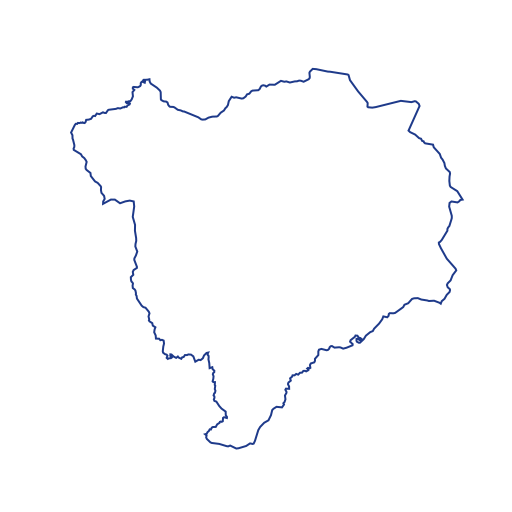 outline of Letefoho, Ermera, East Timor, rotated 188°
{"feature_id": "22284137B23883045309989", "entity_name": "Letefoho", "entity_type": "district", "adm_level": 2, "iso_a3": "TLS", "parent_name": "East Timor", "parent_adm1": "Ermera", "projection": "albers", "projection_center": [125.458, -8.838], "detail": "fine", "context": "isolated", "style": "outline", "palette": "blue", "viewbox_px": 512, "rotation_deg": 188, "n_neighbors": 0, "source": "geoboundaries", "source_scale": "gbopen_adm2", "svg_char_len": 6054}
<svg xmlns="http://www.w3.org/2000/svg" viewBox="0 0 512 512"><g transform="rotate(188 256 256)"><path d="M281.6,72.4L280.0,71.4L280.1,69.4L279.2,68.0L275.2,65.1L273.8,64.7L266.3,64.8L258.5,63.6L257.1,63.6L255.2,64.7L248.7,62.6L246.5,63.2L239.3,66.5L235.8,69.6L233.2,69.4L232.2,69.9L231.3,72.8L229.5,83.9L228.1,87.3L224.7,92.0L220.8,95.0L219.0,100.5L218.5,105.7L217.4,107.2L214.7,109.5L209.2,109.7L207.6,112.8L208.4,114.0L207.4,115.4L206.9,118.2L207.9,121.9L206.8,124.7L206.9,125.7L208.3,127.6L207.9,128.8L204.7,129.1L205.1,131.5L206.4,133.3L206.5,134.3L206.2,135.3L204.2,137.4L205.2,139.6L203.5,141.5L203.2,142.9L201.2,143.2L199.8,144.8L197.7,144.4L196.2,146.5L194.2,146.9L193.1,148.8L191.4,149.1L190.3,148.7L188.3,150.2L188.7,151.2L189.6,151.7L188.9,152.5L187.4,152.1L186.6,152.8L187.4,155.5L186.8,157.2L183.5,158.8L183.0,160.4L183.3,162.4L180.5,166.6L181.0,170.2L180.6,172.0L178.3,173.1L173.0,172.5L171.8,172.9L170.6,174.4L170.4,175.8L169.5,177.0L168.3,177.4L165.5,176.2L161.0,177.2L159.6,177.2L156.8,176.4L153.7,177.7L148.0,181.0L148.0,182.2L150.9,184.2L150.6,185.8L146.8,189.8L146.4,191.1L144.5,191.2L142.5,189.2L141.3,189.3L139.9,188.5L140.6,187.3L141.6,187.1L143.8,188.3L144.9,187.9L144.7,186.1L144.2,185.2L142.1,184.4L141.0,184.6L137.7,188.7L136.1,192.4L132.3,196.5L129.9,197.9L128.9,200.5L124.7,206.2L122.2,210.9L121.5,213.9L117.5,213.6L116.4,215.2L116.4,217.1L115.6,218.0L111.9,218.4L110.3,219.0L103.1,225.9L102.2,228.4L98.7,230.4L95.5,235.2L93.6,236.1L89.9,236.8L86.3,235.9L80.2,235.8L78.5,235.5L73.4,236.5L67.7,235.2L66.4,234.5L65.8,237.1L63.4,239.8L61.7,244.1L59.3,247.3L59.1,249.3L59.5,250.2L61.8,251.7L62.9,253.9L62.4,255.6L59.9,258.9L58.6,264.4L55.7,269.6L56.6,271.2L66.7,279.9L74.0,289.5L76.5,293.3L76.8,294.8L75.7,295.6L74.3,297.7L70.0,307.7L70.2,309.4L69.7,311.0L68.7,312.6L67.7,318.6L67.4,320.8L67.7,323.0L71.6,331.8L71.7,335.5L70.0,337.2L63.9,337.1L62.3,338.5L61.5,339.9L59.3,340.6L65.7,348.2L72.8,351.4L73.8,352.6L75.0,357.2L75.4,361.6L75.3,364.6L75.8,366.1L80.1,369.1L81.5,371.5L82.4,374.3L84.7,377.5L86.4,379.1L88.2,382.6L95.1,388.4L96.2,390.9L104.2,391.1L105.4,391.9L106.0,392.9L107.5,393.1L108.9,395.1L110.9,395.4L115.3,398.4L120.6,400.1L122.4,401.4L114.9,427.3L116.0,429.3L119.1,431.3L120.3,431.4L123.5,430.0L134.2,429.8L158.2,420.1L161.5,419.1L165.6,418.9L166.4,419.4L166.7,423.0L167.5,424.0L177.8,433.2L187.4,443.2L189.5,448.0L190.4,448.5L208.3,448.8L210.5,448.6L222.3,449.4L225.9,449.2L228.3,446.0L228.6,444.8L227.7,441.1L227.6,439.8L228.4,438.4L233.1,435.2L236.0,435.8L237.7,435.7L239.7,434.7L241.9,434.3L246.6,432.5L250.2,433.1L252.2,432.5L255.7,432.9L261.2,428.2L266.5,427.6L269.4,425.2L270.5,425.9L272.5,426.1L273.7,425.6L274.7,424.6L275.6,421.9L276.8,420.5L282.5,419.3L283.7,418.4L285.2,415.8L287.4,414.8L288.4,412.5L290.5,410.4L292.1,409.9L297.7,410.4L299.7,409.7L302.3,410.3L304.5,405.6L304.8,401.6L305.8,399.4L306.9,398.1L308.0,395.6L310.9,393.0L313.2,389.4L314.2,388.7L318.7,387.9L322.3,386.4L325.2,384.2L327.9,383.6L329.3,383.7L332.4,385.3L347.3,389.1L348.5,389.0L350.8,389.7L353.8,389.9L357.4,391.8L358.7,392.1L361.9,391.8L362.7,392.2L364.0,393.5L365.0,395.7L366.4,396.4L369.0,396.3L371.4,397.2L372.0,397.9L373.2,405.0L374.1,406.4L377.6,408.9L384.2,412.1L385.6,414.0L386.1,416.2L388.3,415.4L391.9,414.8L392.2,414.1L390.2,413.3L390.3,412.1L392.9,412.8L393.5,412.6L394.2,411.1L393.9,409.4L394.3,408.2L396.0,406.9L396.7,406.6L400.7,406.4L401.4,405.9L401.3,404.6L399.6,403.5L401.1,401.1L400.1,397.0L400.9,393.8L401.9,391.9L403.8,391.4L404.7,390.8L406.2,390.7L406.3,390.3L405.3,389.4L403.4,389.9L402.1,389.5L402.3,388.5L404.2,387.2L404.9,385.7L406.9,385.5L407.2,384.9L408.5,384.7L410.9,383.2L413.4,383.2L415.2,382.2L422.2,380.3L422.9,379.8L424.5,376.7L426.1,376.6L427.5,377.0L430.7,374.7L433.5,374.9L434.8,372.2L435.9,372.3L437.1,371.6L438.4,368.9L440.6,367.8L443.1,367.2L443.4,365.0L444.2,363.8L445.7,363.8L446.2,364.2L447.0,363.6L448.1,363.8L449.0,363.1L450.9,363.0L451.4,362.0L452.9,361.8L453.7,360.4L456.3,352.5L454.6,350.1L454.0,346.6L453.5,346.0L451.3,340.5L451.1,338.7L451.6,337.0L451.2,335.7L443.5,332.4L442.0,330.4L439.7,329.1L437.8,327.1L436.8,325.6L437.3,320.9L436.8,318.7L435.7,317.6L431.5,315.2L430.7,312.2L427.1,308.7L425.7,307.4L423.0,306.4L419.5,303.5L419.0,302.7L418.7,299.6L417.8,297.0L414.8,294.4L413.8,291.5L414.9,288.8L414.7,286.4L407.5,291.7L403.6,292.2L398.0,289.3L393.0,291.9L388.7,293.3L384.7,293.0L383.5,288.1L383.5,277.6L380.1,270.0L379.4,264.2L377.2,257.1L376.7,254.3L377.0,251.1L376.8,248.6L374.2,243.9L375.0,239.8L376.1,236.7L376.0,235.2L372.4,228.7L372.3,227.6L375.2,225.1L375.8,223.1L374.9,220.3L377.0,217.6L376.5,215.0L375.8,213.4L374.5,212.4L374.0,211.5L374.1,209.5L373.5,207.1L371.5,206.0L370.6,205.0L369.7,202.5L369.6,201.0L368.7,199.9L368.0,197.3L362.3,190.9L360.4,189.7L358.2,189.4L354.4,185.9L353.5,184.4L354.0,181.2L352.9,178.3L353.1,177.3L352.3,176.4L349.4,175.1L348.5,172.7L345.7,171.4L346.2,169.1L346.2,166.3L344.3,163.4L343.6,160.3L340.4,160.6L339.0,159.3L337.5,159.9L335.7,159.4L334.9,156.5L335.2,153.5L335.1,149.7L335.0,148.4L334.5,147.3L332.4,146.1L330.8,145.9L329.8,145.0L330.3,142.7L329.0,141.8L328.2,142.5L326.0,143.0L325.3,143.7L327.0,145.2L327.1,146.7L326.0,146.7L323.6,145.0L320.9,144.0L319.4,145.6L318.5,144.7L315.7,143.8L315.0,145.4L313.6,145.9L312.6,148.0L310.5,148.3L309.3,149.1L306.7,149.3L304.1,147.9L301.4,142.9L298.3,145.3L296.4,145.2L294.4,147.3L293.6,150.3L291.5,153.1L289.9,153.7L290.3,152.4L290.1,151.4L289.2,150.7L288.8,149.3L288.7,147.0L287.4,143.5L286.3,138.5L283.8,139.8L283.2,137.9L281.3,136.6L281.2,135.1L282.0,134.3L282.3,132.9L281.3,131.0L281.2,128.6L281.5,125.8L280.7,125.2L279.1,125.4L278.9,122.6L278.3,121.9L278.3,118.5L277.4,116.9L277.6,114.8L278.3,114.1L278.6,112.0L277.7,111.2L277.4,109.8L277.8,108.1L277.0,106.7L275.0,106.3L271.5,102.3L268.9,100.1L264.4,97.7L263.8,94.2L262.3,92.5L262.3,91.5L265.2,91.9L266.1,91.1L265.9,87.7L266.9,87.0L267.8,87.2L268.7,86.7L268.9,85.7L271.0,83.9L272.1,81.1L274.8,80.7L275.9,79.9L276.5,77.9L277.7,77.9L278.4,76.0L279.4,75.0L280.1,73.1L281.6,72.4Z" fill="none" stroke="#1e3a8a" stroke-width="2"/></g></svg>